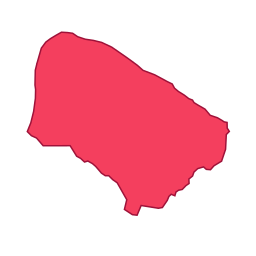 outline of Barh-Signaka, Guéra, Chad, rotated 9°
{"feature_id": "50815135B50589595383303", "entity_name": "Barh-Signaka", "entity_type": "district", "adm_level": 2, "iso_a3": "TCD", "parent_name": "Chad", "parent_adm1": "Guéra", "projection": "robinson", "projection_center": [18.652, 10.779], "detail": "fine", "context": "isolated", "style": "filled", "palette": "rose", "viewbox_px": 256, "rotation_deg": 9, "n_neighbors": 0, "source": "geoboundaries", "source_scale": "gbopen_adm2", "svg_char_len": 1322}
<svg xmlns="http://www.w3.org/2000/svg" viewBox="0 0 256 256"><g transform="rotate(9 128 128)"><path d="M29.1,147.3L33.8,150.7L39.2,152.2L47.0,158.8L62.1,156.4L73.6,154.5L81.7,163.9L85.9,165.4L90.4,168.4L93.5,166.9L98.4,168.7L102.1,171.0L105.3,173.7L108.8,176.7L113.1,178.7L116.4,178.1L121.0,181.4L125.9,183.8L138.0,199.0L137.2,209.0L145.9,212.9L150.6,212.7L153.1,202.5L170.6,202.5L174.0,201.3L174.4,201.2L178.1,193.4L179.1,189.2L180.7,187.1L181.0,186.7L184.9,187.6L185.4,183.7L185.6,183.6L187.6,181.6L191.2,180.2L194.2,175.9L197.0,173.2L196.1,168.9L199.3,165.3L200.0,161.3L203.2,157.2L208.7,154.6L211.8,156.6L216.0,156.3L218.3,152.7L218.9,151.8L224.1,147.4L224.7,146.9L224.8,146.8L225.3,146.4L225.6,146.2L227.7,133.8L226.1,119.1L228.6,115.5L226.0,112.6L225.0,107.0L222.0,106.9L219.6,105.8L214.8,103.9L207.2,102.6L201.1,97.3L193.5,94.4L189.2,92.6L187.3,90.3L186.3,90.1L184.9,89.8L183.5,89.5L178.4,86.7L174.4,85.0L172.2,84.1L167.7,81.4L164.8,77.6L159.5,76.0L146.1,71.3L133.8,68.7L127.4,64.6L116.1,58.8L107.6,54.7L99.3,50.7L88.6,47.6L80.1,46.9L71.9,47.0L64.0,45.7L58.5,43.1L53.4,43.2L47.3,43.8L42.5,47.6L37.4,51.9L33.4,56.0L29.9,62.7L28.1,77.6L27.9,78.5L27.9,79.0L27.9,79.5L27.6,83.2L27.4,85.4L29.4,100.1L30.7,104.4L31.9,113.3L32.2,126.4L31.2,138.1L29.1,147.3Z" fill="#f43f5e" stroke="#9f1239" stroke-width="1.5"/></g></svg>